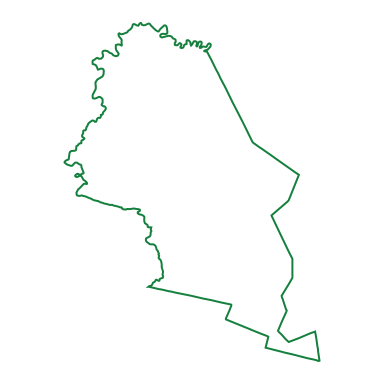 outline of Cobán, Alta Verapaz, Guatemala
{"feature_id": "79465075B25337893511969", "entity_name": "Cobán", "entity_type": "district", "adm_level": 2, "iso_a3": "GTM", "parent_name": "Guatemala", "parent_adm1": "Alta Verapaz", "projection": "mercator", "projection_center": [-90.634, 15.685], "detail": "fine", "context": "isolated", "style": "outline", "palette": "green", "viewbox_px": 384, "rotation_deg": 0, "n_neighbors": 0, "source": "geoboundaries", "source_scale": "gbopen_adm2", "svg_char_len": 5792}
<svg xmlns="http://www.w3.org/2000/svg" viewBox="0 0 384 384"><path d="M148.4,286.8L149.0,286.8L159.3,289.2L161.6,289.5L169.2,291.3L170.8,291.5L175.4,292.6L190.4,295.6L203.4,298.6L211.6,300.2L219.9,302.2L230.9,304.5L231.3,304.8L231.4,305.3L229.3,310.8L226.1,318.0L225.8,319.0L226.1,319.5L259.4,333.1L267.5,336.2L268.3,336.8L265.6,347.7L286.4,353.0L292.2,354.3L307.4,358.2L314.1,359.6L317.6,360.6L318.2,361.0L319.1,360.9L319.5,360.7L318.1,351.5L317.9,348.4L317.5,347.0L316.3,338.3L315.1,331.6L309.8,333.5L299.2,338.0L288.7,342.0L285.9,339.4L281.9,334.9L278.9,332.0L278.0,330.8L281.5,322.4L286.4,311.6L286.7,310.3L286.0,309.3L282.7,299.1L282.0,297.6L281.6,295.8L289.5,282.9L292.4,277.8L292.4,258.8L288.8,251.8L271.5,215.6L271.6,215.3L287.4,201.7L288.7,200.3L298.9,174.8L294.4,171.8L262.3,149.1L259.8,147.5L253.8,143.2L252.6,142.2L242.8,122.2L232.5,102.2L225.1,87.0L220.4,78.2L218.3,73.6L216.1,69.6L211.3,59.8L206.7,51.1L205.3,51.5L204.3,51.2L204.3,50.9L205.0,50.4L206.0,50.2L207.8,49.5L209.9,47.2L210.6,46.1L210.7,45.6L210.7,44.4L210.3,43.9L209.5,43.4L208.6,43.7L207.7,44.5L206.9,46.2L206.2,46.9L203.0,46.5L201.1,47.8L200.0,47.9L199.8,47.5L199.9,46.8L201.1,45.2L201.6,44.0L201.6,42.2L201.3,41.8L200.5,41.6L199.7,41.6L198.6,42.3L198.2,43.3L197.5,45.9L197.2,46.3L196.8,46.4L196.5,46.3L196.3,45.6L197.0,43.6L197.0,42.7L196.5,42.0L196.0,41.5L195.1,41.2L194.1,41.3L193.7,41.5L192.2,44.4L191.1,45.5L190.6,44.5L190.5,42.9L190.1,41.9L188.8,40.6L188.1,40.2L187.4,40.2L186.8,40.4L186.6,40.8L186.5,44.1L185.1,44.4L184.4,44.8L184.0,45.5L183.6,46.9L183.2,47.5L182.1,48.0L181.1,48.0L180.5,47.6L180.4,47.1L181.2,45.4L181.4,44.4L181.0,43.8L180.4,43.3L179.9,43.1L179.2,43.4L177.6,45.1L177.1,45.3L175.3,45.1L174.8,44.8L174.8,43.1L175.6,41.9L175.7,41.5L175.6,39.9L174.8,39.1L173.0,38.4L171.5,36.5L170.0,36.0L168.2,35.8L162.4,37.4L161.5,37.3L160.6,36.8L160.3,36.3L160.3,35.5L160.6,34.7L161.2,34.2L162.6,33.8L165.8,34.0L167.1,33.4L167.4,32.1L166.9,27.9L166.4,26.4L165.5,25.5L164.5,25.4L163.9,25.6L163.5,26.1L160.8,28.5L160.0,29.4L158.8,31.3L158.2,31.5L157.3,31.2L155.4,29.9L151.2,25.8L149.8,24.0L149.3,23.6L148.0,23.7L144.9,25.2L143.3,25.3L141.7,24.6L141.3,23.2L140.6,23.0L140.1,23.2L139.4,23.8L138.7,25.2L138.3,25.7L137.2,25.5L134.3,24.1L133.3,24.2L132.7,24.9L132.1,27.0L131.5,28.1L130.3,29.4L128.1,30.9L127.4,32.2L127.1,32.4L123.8,33.7L122.0,34.2L120.7,34.1L119.3,33.3L118.6,33.7L118.5,35.0L119.2,36.6L121.6,39.6L121.7,40.7L121.5,41.9L121.8,45.2L121.6,45.5L119.6,44.6L118.5,44.4L116.2,44.8L115.8,45.3L115.8,48.3L116.3,50.3L118.6,53.4L118.5,54.5L117.8,55.6L116.2,56.2L114.2,55.7L113.2,55.2L111.8,53.6L109.3,52.6L107.5,51.1L105.3,50.7L104.1,50.7L103.1,51.1L102.6,51.7L102.4,53.1L103.1,55.3L103.1,56.0L102.9,56.8L101.3,58.6L98.8,58.8L98.0,58.1L97.0,58.0L96.1,58.4L94.4,59.8L93.1,60.3L92.7,60.8L92.5,61.9L92.7,64.0L95.2,64.8L95.8,65.2L96.9,67.0L97.9,69.6L98.4,69.6L100.6,68.7L102.2,68.7L103.0,69.1L103.5,69.6L103.8,71.2L103.5,74.5L102.4,76.5L97.4,79.5L96.4,80.8L95.4,82.7L95.8,86.6L95.7,89.2L94.6,91.1L92.7,94.9L92.6,96.3L92.8,98.1L93.4,98.4L94.7,98.6L95.7,98.4L98.7,97.0L99.7,96.9L100.6,97.3L102.0,98.5L102.6,99.5L102.6,102.9L101.9,103.9L101.6,104.8L101.7,105.1L103.1,106.1L103.5,106.3L104.4,106.3L104.9,106.6L105.6,107.4L105.7,107.9L105.8,108.8L105.6,109.3L104.9,110.4L103.1,112.4L102.7,114.2L102.1,114.7L100.9,114.9L100.9,116.4L100.3,117.7L99.8,117.9L98.5,117.8L97.8,118.1L97.0,119.1L96.5,120.9L96.0,121.7L95.3,121.8L95.0,121.8L93.8,120.7L92.2,120.5L89.4,122.5L88.3,123.6L87.5,125.6L86.4,127.4L86.0,129.5L85.8,129.8L85.1,130.4L84.0,130.3L83.4,130.8L83.2,131.6L83.1,133.5L82.1,135.2L82.1,136.4L82.5,137.0L84.2,138.1L84.4,138.4L84.1,139.0L83.2,139.8L82.2,140.1L81.4,141.0L81.3,143.1L81.0,143.3L79.6,143.5L78.9,144.0L78.3,144.5L78.0,145.3L76.4,146.2L76.1,149.6L75.7,150.4L74.8,150.7L71.4,151.0L70.0,151.9L69.5,153.3L68.7,159.2L68.6,159.4L66.1,160.4L64.8,161.6L64.5,162.2L64.7,162.7L66.8,164.4L70.4,165.7L72.0,165.8L72.7,165.2L74.6,163.1L75.1,162.7L75.9,162.5L77.2,162.8L79.4,164.4L80.8,164.7L81.3,165.3L81.5,167.3L83.5,172.4L83.6,173.0L83.4,173.4L82.0,173.8L80.8,174.6L79.8,174.9L79.5,174.8L78.5,174.0L77.4,173.8L76.2,174.5L75.5,175.2L75.1,175.8L75.3,176.3L76.8,177.1L79.8,175.8L80.5,175.8L81.4,176.2L83.4,179.7L85.5,181.2L86.9,182.7L87.0,183.7L86.9,183.9L86.4,184.0L85.4,183.7L83.7,183.9L79.2,188.6L78.2,189.3L76.5,192.5L76.6,194.8L77.0,195.3L78.3,195.8L79.8,195.9L81.8,195.4L83.3,196.0L85.5,196.4L89.3,198.1L91.1,198.7L92.4,199.5L94.3,200.3L98.5,201.2L100.3,202.3L102.2,202.7L104.1,203.5L107.2,204.1L109.4,204.8L110.1,205.0L111.8,204.8L112.5,205.0L114.0,205.7L115.6,205.9L116.4,206.2L117.9,206.5L120.3,207.4L121.3,207.3L121.6,207.4L121.9,208.2L122.3,208.7L123.2,209.3L124.7,209.4L125.6,209.6L126.5,209.2L127.3,209.0L129.4,209.1L134.0,208.5L135.9,208.9L139.1,209.3L139.8,209.7L139.9,210.6L139.7,211.0L137.8,212.1L137.7,212.3L137.7,213.0L138.6,214.0L140.3,214.6L141.5,214.7L142.8,215.4L144.3,216.6L144.4,217.2L144.2,218.9L144.3,221.2L144.9,223.2L147.3,224.8L147.7,225.6L147.7,226.7L148.0,227.1L149.1,227.3L151.3,227.4L150.8,229.4L150.9,230.1L151.4,230.9L151.3,231.4L150.7,232.3L150.6,234.3L150.4,235.5L149.7,236.5L147.5,237.6L146.1,238.4L145.9,239.3L146.0,240.8L147.0,242.2L148.5,243.1L149.5,244.0L150.4,244.3L153.4,244.4L154.5,244.9L155.4,245.9L156.0,247.0L156.6,249.5L157.9,251.1L158.3,252.4L158.8,253.3L158.9,253.7L158.5,254.3L158.6,254.8L159.2,255.9L159.0,256.6L158.6,257.3L158.9,258.4L159.2,258.9L160.0,259.3L160.4,259.8L161.3,261.7L161.7,264.3L161.7,267.1L163.0,271.5L162.9,273.1L162.5,274.5L163.0,276.0L163.1,277.1L162.7,277.8L160.0,278.8L159.7,279.1L159.5,280.3L159.3,280.7L159.1,280.8L158.3,280.7L156.5,279.7L156.0,279.8L155.7,280.0L155.1,281.3L154.7,281.7L154.1,282.2L153.4,282.4L153.0,282.7L152.2,284.6L151.7,285.2L150.6,285.9L149.1,286.2L148.4,286.8Z" fill="none" stroke="#15803d" stroke-width="2"/></svg>